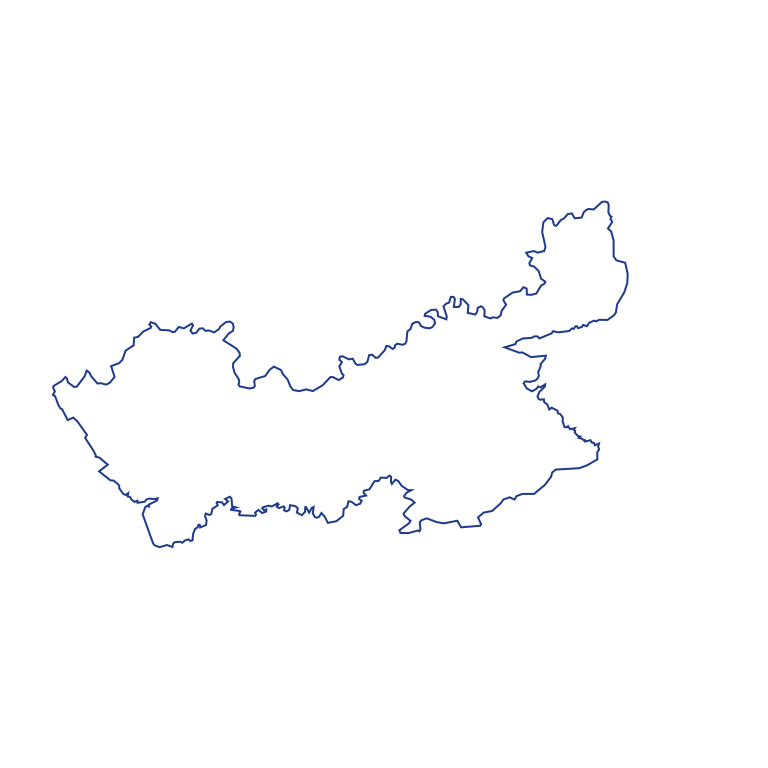 Buena Fe, Los Rios, Ecuador (Mercator projection), rotated 237°
{"feature_id": "8360857B33101813988560", "entity_name": "Buena Fe", "entity_type": "district", "adm_level": 2, "iso_a3": "ECU", "parent_name": "Ecuador", "parent_adm1": "Los Rios", "projection": "mercator", "projection_center": [-79.465, -0.75], "detail": "fine", "context": "isolated", "style": "outline", "palette": "blue", "viewbox_px": 768, "rotation_deg": 237, "n_neighbors": 0, "source": "geoboundaries", "source_scale": "gbopen_adm2", "svg_char_len": 6162}
<svg xmlns="http://www.w3.org/2000/svg" viewBox="0 0 768 768"><g transform="rotate(237 384 384)"><path d="M531.0,259.3L529.2,254.5L530.6,250.9L534.2,250.8L537.2,255.8L539.3,255.8L539.7,246.4L543.6,243.0L541.7,237.0L542.4,235.2L546.0,233.0L551.3,225.8L559.1,225.0L562.9,222.1L561.6,219.5L559.1,220.2L558.1,218.9L559.1,210.9L557.5,203.4L558.9,199.7L552.8,195.1L552.7,185.4L546.8,177.9L545.8,173.1L547.6,164.9L536.7,161.9L534.4,154.8L534.8,150.7L539.0,146.9L540.4,144.0L550.0,142.6L554.0,143.2L557.2,141.9L553.6,137.3L549.1,125.0L550.2,122.5L557.6,119.8L561.2,121.1L563.4,120.6L562.0,115.2L562.3,106.3L561.5,104.6L556.9,103.8L555.2,100.4L553.0,101.5L543.9,99.5L539.8,99.3L538.3,100.3L526.1,99.1L525.0,105.2L519.4,106.5L503.1,107.2L501.5,104.0L486.4,104.0L481.0,103.4L480.1,102.5L477.3,105.2L466.8,108.4L465.9,97.5L452.2,102.1L450.3,104.6L444.7,106.4L442.7,106.5L441.1,105.2L434.1,105.4L431.5,107.0L431.8,110.0L429.3,107.7L427.6,109.5L424.5,109.3L421.0,110.6L420.4,113.6L418.6,112.6L415.6,119.3L416.5,121.9L415.9,124.4L412.2,129.3L411.4,132.0L409.9,130.2L411.0,120.8L409.2,120.2L410.8,118.6L410.7,116.6L406.1,110.6L375.9,103.5L373.6,103.8L369.4,106.9L367.2,114.2L362.6,117.8L365.0,120.4L365.3,122.3L362.8,127.0L360.7,128.4L361.2,131.8L360.2,135.3L357.7,136.2L357.2,138.3L362.0,142.0L365.4,146.7L365.3,149.6L367.0,151.8L366.2,152.8L363.8,151.7L362.7,158.0L366.1,160.9L370.6,161.9L372.4,164.0L369.3,166.2L368.9,168.2L372.8,172.1L372.8,178.5L375.4,178.8L375.9,179.8L373.0,183.7L369.6,183.9L370.5,189.3L374.1,188.1L373.4,193.4L371.0,193.7L364.0,190.0L361.1,192.7L362.6,188.1L361.8,187.2L356.0,193.9L355.1,194.1L354.0,191.7L352.6,191.4L343.7,203.9L344.0,205.5L346.3,205.7L346.8,210.1L342.2,211.5L341.2,215.7L342.9,217.0L343.7,214.6L346.1,214.1L346.6,215.0L344.9,220.9L342.4,223.2L341.9,229.9L340.3,229.9L340.0,227.5L338.6,227.4L337.2,228.4L335.9,233.3L334.4,233.4L332.5,231.4L330.3,232.8L330.0,235.9L333.5,239.3L329.6,243.3L326.6,244.0L323.6,240.9L318.7,243.7L319.8,248.1L323.6,250.9L323.2,251.6L316.9,251.1L319.4,256.2L319.2,258.0L314.2,253.8L310.1,253.6L308.4,254.8L308.0,257.2L309.9,261.3L305.1,262.0L298.1,261.3L294.9,269.3L295.7,278.0L301.0,282.0L301.1,286.3L305.0,290.2L303.0,292.6L297.6,294.5L296.6,299.0L298.3,301.7L301.2,300.5L302.6,302.1L300.2,308.2L303.9,307.6L305.4,308.9L303.6,314.4L307.7,323.1L305.6,326.7L307.2,330.4L303.8,335.1L304.3,338.4L302.4,339.5L298.1,336.5L295.9,336.2L297.6,341.5L294.9,343.1L288.7,343.4L282.1,346.3L280.1,349.1L280.5,343.5L279.1,339.9L277.8,339.4L272.0,344.0L267.8,345.0L267.4,339.4L264.7,329.9L262.3,329.3L254.7,331.7L253.5,328.7L253.0,317.2L250.1,316.7L245.6,323.4L242.7,332.6L241.2,333.4L242.2,335.4L248.6,338.7L249.3,341.3L248.1,346.6L239.5,353.0L234.6,358.2L229.4,371.0L221.8,370.6L212.7,387.5L213.5,389.1L220.9,390.2L221.9,397.6L218.6,405.5L220.4,416.8L222.1,421.2L220.6,427.5L216.0,430.6L217.8,434.2L216.4,440.2L210.1,449.9L211.8,464.2L215.2,473.5L218.2,477.0L218.7,481.4L207.1,501.8L205.2,510.0L204.6,521.9L210.5,525.6L212.1,528.9L214.7,529.4L217.0,531.9L217.7,527.5L220.3,528.0L221.8,526.3L224.4,526.6L226.3,521.3L227.7,521.9L228.0,520.7L229.7,520.6L232.8,518.1L233.1,519.9L234.5,518.4L239.4,517.5L240.6,518.7L242.2,518.2L243.0,520.0L244.7,515.4L248.4,515.3L248.0,514.1L249.6,511.9L255.7,513.6L258.4,515.7L262.8,515.4L264.8,513.9L267.1,515.0L272.8,511.7L272.6,508.7L277.8,509.8L281.7,508.5L284.1,509.7L285.8,506.4L287.5,505.5L289.9,505.9L292.7,510.0L294.2,517.4L295.9,518.9L296.0,513.4L298.0,512.0L297.0,509.7L297.1,504.3L302.3,501.4L308.5,501.4L309.3,503.8L306.3,507.5L304.5,512.8L305.1,516.1L306.5,518.4L309.8,519.6L313.8,525.4L315.4,526.1L317.4,532.8L319.6,535.2L326.5,521.9L335.1,517.3L336.6,514.5L349.1,505.1L345.9,515.8L347.5,518.4L346.6,525.2L342.3,532.9L342.1,536.0L340.2,538.8L337.6,539.1L335.2,552.2L336.2,554.6L332.5,558.2L327.6,568.1L328.2,572.0L326.9,573.1L328.1,576.0L327.3,577.3L325.1,577.2L324.1,581.2L325.1,583.1L321.9,585.8L323.6,589.5L322.7,594.7L321.0,596.0L320.6,599.5L316.0,606.3L316.4,614.5L317.6,617.3L323.8,622.9L330.0,635.4L336.0,642.9L343.7,648.4L354.3,652.3L361.1,646.3L365.8,646.0L379.4,654.8L388.2,657.6L392.4,656.5L395.6,663.7L399.2,663.8L400.3,665.9L402.2,665.1L405.8,665.7L411.5,669.8L414.3,670.5L416.6,668.8L418.0,666.0L416.2,655.0L419.5,650.6L419.8,648.7L419.3,645.1L415.9,640.4L419.1,634.2L424.8,634.4L426.4,630.7L424.8,624.9L425.2,621.6L422.8,614.6L424.5,613.2L430.5,614.9L434.0,611.7L432.8,605.8L425.3,599.4L411.0,594.1L408.3,590.8L410.4,584.6L413.9,582.0L416.7,574.8L412.6,574.7L408.9,576.9L406.3,571.8L404.0,571.0L400.6,573.9L394.4,575.2L386.8,573.1L382.0,575.0L380.7,573.1L381.0,569.4L376.9,561.0L378.6,556.0L381.1,552.6L386.4,555.6L389.2,553.7L387.7,548.6L390.6,541.8L390.4,530.9L388.9,529.7L384.0,529.6L381.3,522.5L378.0,519.1L377.6,515.4L380.9,511.1L380.9,509.1L386.1,505.0L390.9,508.5L394.3,508.7L396.4,507.7L396.8,504.0L393.8,501.4L392.5,498.4L398.0,493.0L404.3,497.8L412.1,496.2L413.6,494.7L409.0,491.7L407.9,488.7L410.6,484.5L416.7,489.8L419.3,489.7L420.6,487.4L416.9,483.0L417.5,479.6L416.6,476.1L406.4,473.4L404.3,471.5L411.4,466.2L415.4,468.3L418.1,468.1L420.4,463.8L420.5,456.9L419.0,455.2L415.2,459.6L410.5,461.1L407.0,459.8L405.4,455.7L405.9,452.5L409.2,448.6L412.5,446.6L416.7,446.9L418.5,444.7L419.1,441.8L418.8,439.9L415.7,436.3L415.4,432.3L407.5,426.0L406.3,423.8L406.7,421.0L410.6,417.0L410.4,414.3L408.7,412.7L408.7,410.3L412.8,408.8L414.6,406.7L412.0,403.2L409.4,393.5L410.4,391.3L415.1,390.0L416.3,387.3L411.6,382.1L411.2,378.3L414.5,372.1L416.8,371.1L422.3,371.6L423.9,367.9L429.7,364.5L430.9,361.9L428.7,359.7L425.3,360.7L423.2,356.2L415.7,354.3L413.5,354.9L411.8,353.1L412.0,348.1L417.8,344.8L419.0,342.6L416.3,331.9L416.8,320.5L421.8,315.9L424.3,308.8L428.4,304.6L432.7,304.1L440.2,305.6L447.2,304.6L451.8,305.2L458.6,301.1L458.2,295.9L455.4,288.7L458.2,279.0L457.3,276.8L452.7,274.6L452.0,272.4L453.4,268.9L460.7,261.6L462.8,261.7L464.5,263.7L467.4,264.8L474.8,264.8L480.4,266.6L483.6,268.9L486.1,278.5L489.0,279.9L494.1,279.5L508.2,273.1L510.9,281.2L510.9,286.3L513.4,288.8L516.9,290.1L520.2,288.9L522.0,285.2L521.4,278.4L519.9,275.4L519.8,269.7L524.5,266.1L525.6,263.3L529.5,262.2L531.0,259.3Z" fill="none" stroke="#1e3a8a" stroke-width="2"/></g></svg>